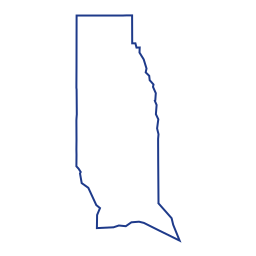 outline of Tangipahoa, Louisiana, United States of America
{"feature_id": "52423323B76219766339167", "entity_name": "Tangipahoa", "entity_type": "district", "adm_level": 2, "iso_a3": "USA", "parent_name": "United States of America", "parent_adm1": "Louisiana", "projection": "orthographic", "projection_center": [-90.393, 30.617], "detail": "fine", "context": "isolated", "style": "outline", "palette": "blue", "viewbox_px": 256, "rotation_deg": 0, "n_neighbors": 0, "source": "geoboundaries", "source_scale": "gbopen_adm2", "svg_char_len": 910}
<svg xmlns="http://www.w3.org/2000/svg" viewBox="0 0 256 256"><path d="M81.5,15.5L76.6,15.5L76.5,67.0L76.4,87.8L76.6,89.6L76.8,114.3L76.5,118.4L76.4,120.4L76.5,139.9L76.4,149.5L76.5,154.8L76.4,166.3L78.6,168.7L80.7,172.0L80.0,173.4L81.7,183.1L88.3,187.8L96.3,205.1L100.0,208.1L97.1,215.0L96.9,228.1L113.5,227.3L118.9,225.5L125.8,226.2L131.4,222.3L139.0,221.7L143.9,222.9L158.5,230.2L179.6,240.6L173.2,224.8L171.6,218.2L158.8,203.7L158.4,203.2L158.5,202.6L158.2,161.5L158.1,138.9L158.5,134.3L157.1,128.4L158.3,119.3L155.9,114.2L156.6,105.0L154.8,100.7L155.3,100.2L155.8,93.2L153.0,86.9L153.5,84.5L149.7,80.2L149.2,75.8L145.7,72.4L146.5,68.5L143.7,59.4L139.5,52.6L139.7,47.5L136.5,47.6L135.4,43.3L132.2,43.3L132.1,15.4L126.5,15.4L123.7,15.5L113.2,15.5L112.0,15.5L109.3,15.5L108.2,15.5L104.5,15.5L100.1,15.5L99.6,15.5L99.3,15.5L97.1,15.5L96.9,15.5L81.5,15.5Z" fill="none" stroke="#1e3a8a" stroke-width="2"/></svg>